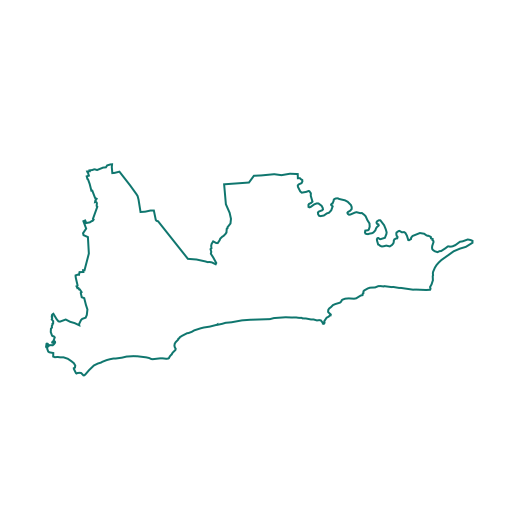 Kombo South, West Coast, Gambia (Mercator projection), rotated 265°
{"feature_id": "56634734B1390118495461", "entity_name": "Kombo South", "entity_type": "district", "adm_level": 2, "iso_a3": "GMB", "parent_name": "Gambia", "parent_adm1": "West Coast", "projection": "mercator", "projection_center": [-16.741, 13.204], "detail": "fine", "context": "isolated", "style": "outline", "palette": "teal", "viewbox_px": 512, "rotation_deg": 265, "n_neighbors": 0, "source": "geoboundaries", "source_scale": "gbopen_adm2", "svg_char_len": 6030}
<svg xmlns="http://www.w3.org/2000/svg" viewBox="0 0 512 512"><g transform="rotate(265 256 256)"><path d="M354.9,95.2L354.0,95.5L353.9,95.8L350.6,96.5L350.1,94.3L347.4,94.8L347.2,95.2L346.4,95.5L342.2,96.6L335.4,97.7L335.4,98.6L328.0,100.7L328.0,100.9L327.4,101.3L326.9,102.2L325.9,101.6L325.6,100.9L323.8,100.4L324.0,101.1L323.3,101.8L322.5,102.1L319.8,101.6L318.9,102.2L307.2,96.8L306.4,97.4L305.7,96.8L305.2,96.2L305.1,95.4L304.0,93.4L303.6,89.3L304.9,89.4L306.3,88.9L305.7,87.1L298.1,89.2L293.8,85.7L291.8,86.0L289.5,90.2L273.0,89.7L256.7,83.9L256.9,82.5L255.1,82.6L255.3,78.8L252.7,78.0L253.0,77.0L252.4,74.6L251.8,74.5L249.8,74.6L242.2,75.7L241.6,75.4L241.4,74.6L239.5,75.3L239.6,76.1L239.4,76.5L238.1,76.9L238.0,77.6L235.2,79.1L234.5,78.2L230.1,78.8L229.0,81.2L222.2,82.3L217.4,83.4L212.0,82.3L209.4,80.9L208.5,77.4L207.4,76.1L203.6,73.8L202.4,73.9L205.0,69.4L206.6,65.2L209.3,60.9L207.7,55.0L208.1,53.5L210.4,51.9L216.1,49.1L215.6,48.2L214.8,47.5L213.5,47.7L213.1,47.2L211.9,47.6L210.7,47.0L208.7,48.3L206.4,48.0L206.2,47.3L205.1,47.2L204.1,46.5L202.5,46.5L201.5,45.4L198.1,44.9L194.4,45.9L193.9,46.5L193.7,47.4L192.5,48.4L189.1,46.9L188.1,45.6L187.7,45.4L187.4,45.5L187.3,46.1L188.4,47.2L188.6,47.9L188.1,48.3L187.2,48.3L185.8,47.1L184.8,45.7L185.2,42.5L184.5,41.7L184.9,41.2L186.5,41.0L186.8,40.7L186.9,39.8L186.5,39.5L185.3,39.5L184.5,39.0L183.5,39.1L183.5,40.2L183.3,40.3L181.8,39.9L178.9,40.7L178.1,41.7L177.0,45.6L173.5,45.2L172.7,46.8L172.7,49.6L172.1,52.2L171.8,55.5L170.0,59.6L167.3,62.9L165.1,65.2L162.6,66.4L160.6,65.9L160.1,64.7L159.4,64.7L155.1,66.4L154.6,66.9L155.0,68.1L155.0,70.3L154.6,71.7L152.1,73.7L152.1,74.6L152.9,75.7L156.9,79.8L161.1,85.0L162.7,89.2L163.3,92.2L164.0,93.7L165.3,98.1L165.9,101.5L166.3,105.2L166.1,107.4L166.4,113.6L167.1,118.3L166.9,125.3L166.4,129.3L164.6,137.8L163.7,140.6L162.5,142.7L162.2,144.1L162.4,151.3L162.2,154.0L161.4,157.8L161.5,159.6L161.8,160.3L163.5,161.4L164.7,162.6L165.3,163.5L165.7,163.6L167.0,164.6L169.4,167.5L170.6,167.9L172.0,167.2L173.7,166.9L175.7,167.4L177.1,168.4L179.6,171.3L180.3,171.4L180.9,172.5L181.7,173.0L182.9,175.3L185.1,180.7L185.1,182.0L186.1,185.5L187.3,188.0L188.8,194.6L189.3,197.7L189.7,203.9L190.9,211.1L191.2,211.6L190.8,211.6L191.4,216.5L192.1,219.8L192.1,225.7L193.1,236.4L193.0,244.3L191.9,264.4L192.6,268.4L192.4,280.2L191.6,286.3L191.3,290.6L190.7,293.0L190.4,296.1L189.8,296.9L189.4,300.3L188.0,305.2L187.8,307.7L186.5,311.1L186.6,313.5L186.2,315.0L183.6,316.7L182.8,316.7L182.5,317.6L183.0,318.2L184.0,318.5L184.4,318.3L185.2,318.4L188.4,321.0L189.3,323.2L190.3,324.2L190.3,325.1L191.2,325.4L193.7,323.1L194.6,323.0L196.2,323.4L197.4,324.4L198.6,326.3L200.4,328.4L201.2,330.8L202.2,335.6L203.2,336.9L204.5,337.6L205.0,338.5L205.7,341.1L205.7,344.7L204.9,349.9L205.1,352.1L207.5,356.9L207.7,358.7L209.3,359.1L209.5,359.7L211.5,360.0L212.3,360.9L214.0,364.7L214.5,366.8L214.3,371.9L215.3,375.2L215.2,377.3L214.5,380.6L214.8,381.1L213.2,388.4L213.2,390.0L211.7,395.8L211.5,397.9L208.8,409.3L208.6,412.5L207.3,422.6L207.2,426.5L208.2,427.0L209.9,426.7L212.4,428.4L216.4,430.1L220.6,430.3L221.3,430.7L223.5,430.7L224.9,431.1L228.8,433.2L231.3,435.1L233.6,437.5L235.8,440.3L243.5,453.4L245.6,459.9L246.8,465.8L250.3,472.8L252.2,473.0L253.2,471.2L254.0,468.4L252.6,463.1L252.4,460.4L249.3,455.3L249.3,454.6L248.8,453.9L248.4,452.0L248.4,450.0L248.8,448.9L248.8,447.9L247.2,445.4L244.8,440.9L244.8,439.2L244.0,437.2L245.2,434.4L246.6,432.8L247.5,432.2L248.9,432.1L250.6,432.4L254.5,434.1L255.8,433.9L256.4,433.2L257.5,433.5L258.3,431.9L259.8,431.8L261.2,429.4L261.2,428.5L262.0,427.2L263.5,425.5L264.6,421.3L262.3,413.7L260.8,412.2L259.4,411.9L258.4,409.8L258.6,409.1L263.1,408.1L266.0,406.8L266.9,405.6L266.9,403.4L268.5,401.1L268.4,400.2L267.1,398.0L265.9,397.7L264.1,397.8L262.6,398.7L261.3,398.2L261.3,397.2L260.5,395.3L259.3,394.6L258.1,394.5L256.6,393.9L255.1,392.4L253.9,390.1L255.0,386.7L254.6,384.2L254.5,382.3L255.2,380.7L256.2,379.8L256.8,378.7L260.8,377.9L262.2,377.9L263.2,378.6L263.2,379.6L262.2,380.5L261.9,381.5L262.9,386.0L266.5,387.8L268.2,388.2L271.3,387.6L275.5,386.3L280.7,383.0L280.9,381.6L280.1,379.8L279.1,379.0L278.4,379.0L277.4,379.5L276.8,380.7L275.7,380.9L274.1,378.8L272.9,377.9L271.1,377.1L269.2,375.0L268.6,373.6L268.4,371.2L268.0,369.5L268.3,368.0L268.8,367.0L270.0,366.6L271.8,367.1L271.9,369.8L272.5,370.7L275.3,371.8L278.5,371.9L282.0,370.1L286.0,368.7L287.5,367.5L289.6,365.2L289.6,363.6L290.9,359.9L290.6,358.2L289.1,353.7L289.0,352.3L289.9,351.2L291.0,350.8L291.8,351.4L292.9,353.8L294.5,355.4L296.4,355.6L298.5,355.0L302.0,352.1L303.7,349.5L305.6,343.7L306.3,342.6L306.4,340.7L305.9,339.0L305.1,338.3L304.1,338.1L301.6,336.8L301.5,336.0L300.7,335.3L300.1,335.4L298.8,336.7L294.9,334.9L292.7,332.4L292.3,330.4L290.4,327.1L290.1,323.7L290.5,322.4L292.2,321.5L294.0,321.5L294.8,322.5L295.8,326.0L296.6,326.8L298.2,326.6L300.3,325.7L302.9,322.8L303.1,321.1L302.4,318.6L300.1,314.7L299.8,313.5L300.3,312.6L302.4,312.7L303.3,313.4L304.0,315.4L305.2,317.0L311.2,315.8L313.7,316.1L315.9,314.8L316.2,314.1L315.5,311.6L315.1,307.1L316.5,305.7L321.2,303.8L322.7,303.8L323.6,304.8L324.6,307.7L326.2,308.7L327.7,308.7L328.6,307.4L329.7,306.5L329.8,304.5L334.0,304.7L335.0,297.0L334.3,288.4L335.9,281.3L335.8,268.4L336.1,260.9L329.8,255.4L330.2,230.5L310.2,230.5L301.3,233.5L295.2,234.3L290.6,233.4L287.1,230.1L286.1,230.0L285.6,229.2L281.9,228.6L281.6,228.2L281.0,227.9L278.8,225.4L278.2,224.1L276.4,221.9L274.8,221.1L272.2,219.0L272.4,217.5L274.3,214.6L272.0,212.9L270.0,212.2L267.6,212.3L266.8,211.3L264.0,211.8L262.2,211.2L258.2,213.3L252.5,215.8L251.3,215.1L253.5,211.4L254.1,209.0L254.1,207.3L255.0,205.1L257.7,196.4L259.1,187.9L299.1,161.5L299.7,160.0L300.7,159.3L310.2,158.2L310.5,154.8L309.8,149.5L309.9,144.8L322.4,143.9L326.0,143.3L328.0,142.3L337.4,136.7L351.9,127.3L351.1,122.2L351.1,120.1L357.2,120.1L359.9,120.6L359.9,118.9L359.2,115.6L357.4,114.2L357.4,111.4L355.5,105.2L356.4,102.9L356.4,102.2L355.9,100.3L355.8,97.6L354.9,97.7L354.9,95.2Z" fill="none" stroke="#0f766e" stroke-width="2"/></g></svg>